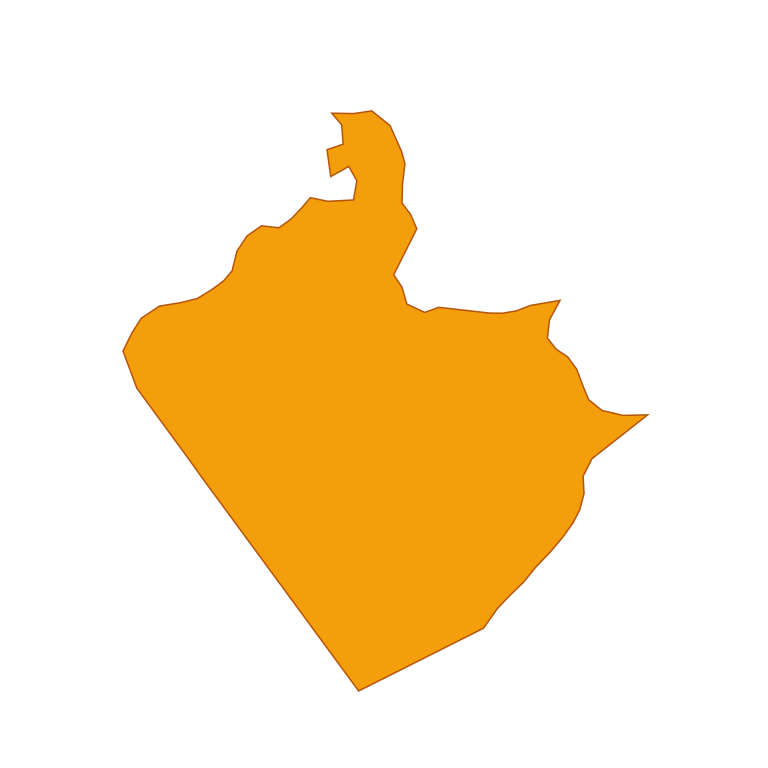 the district of Pacujá, Ceará, Brazil, rotated 335°
{"feature_id": "56859067B42415660156267", "entity_name": "Pacujá", "entity_type": "district", "adm_level": 2, "iso_a3": "BRA", "parent_name": "Brazil", "parent_adm1": "Ceará", "projection": "orthographic", "projection_center": [-40.67, -3.999], "detail": "fine", "context": "isolated", "style": "filled", "palette": "amber", "viewbox_px": 768, "rotation_deg": 335, "n_neighbors": 0, "source": "geoboundaries", "source_scale": "gbopen_adm2", "svg_char_len": 1023}
<svg xmlns="http://www.w3.org/2000/svg" viewBox="0 0 768 768"><g transform="rotate(335 384 384)"><path d="M451.1,116.5L455.2,131.3L448.3,149.4L431.4,147.5L423.4,173.5L444.0,171.9L445.3,188.3L434.1,204.3L410.3,194.7L396.0,184.0L384.3,189.4L369.5,195.2L354.7,198.0L339.9,188.9L322.4,191.9L306.8,201.5L294.2,217.2L282.4,222.7L267.7,225.7L251.0,227.6L234.0,224.3L213.5,218.5L191.8,221.8L177.1,231.2L161.4,243.8L158.2,283.3L175.7,371.4L177.9,384.0L231.3,651.5L370.9,647.4L391.9,635.4L408.1,629.0L426.4,622.7L444.0,614.2L463.7,606.5L482.0,598.0L496.5,589.8L508.0,581.0L519.0,567.8L525.5,551.7L540.9,539.6L609.8,523.4L587.4,513.5L570.4,500.1L562.8,484.7L563.6,468.5L564.9,451.8L561.9,437.0L554.8,425.4L551.5,411.4L561.1,395.8L578.9,382.6L549.9,374.7L534.6,373.6L521.4,370.0L509.4,364.2L465.9,337.6L451.1,336.3L438.5,321.2L441.2,303.9L439.0,289.1L479.3,257.2L479.8,241.9L476.8,227.6L485.6,210.0L496.0,193.3L498.2,180.4L498.7,152.4L488.3,131.3L470.8,126.1L451.1,116.5Z" fill="#f59e0b" stroke="#b45309" stroke-width="1.5"/></g></svg>